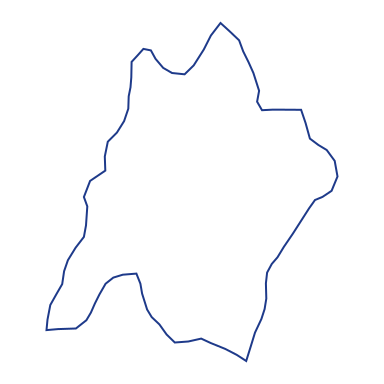 Cândido Rodrigues, São Paulo, Brazil
{"feature_id": "56859067B92304644979095", "entity_name": "Cândido Rodrigues", "entity_type": "district", "adm_level": 2, "iso_a3": "BRA", "parent_name": "Brazil", "parent_adm1": "São Paulo", "projection": "natural_earth1", "projection_center": [-48.632, -21.34], "detail": "fine", "context": "isolated", "style": "outline", "palette": "blue", "viewbox_px": 384, "rotation_deg": 0, "n_neighbors": 0, "source": "geoboundaries", "source_scale": "gbopen_adm2", "svg_char_len": 1167}
<svg xmlns="http://www.w3.org/2000/svg" viewBox="0 0 384 384"><path d="M331.6,190.8L337.5,176.5L334.7,160.9L326.7,150.0L318.4,145.0L309.9,138.6L305.6,123.1L301.1,109.8L284.7,109.7L271.8,109.7L262.0,110.2L257.1,101.7L259.1,90.8L253.4,73.0L248.6,62.3L243.2,51.4L239.1,40.3L229.3,31.0L220.5,23.0L210.9,35.5L203.8,49.5L193.7,65.4L184.6,74.3L172.0,73.0L163.2,67.9L155.5,58.8L150.9,50.4L143.4,48.9L137.5,55.5L131.6,61.9L131.3,77.4L130.5,87.3L128.7,96.3L128.3,108.7L124.1,121.1L116.9,132.6L107.8,141.7L104.8,156.5L105.3,170.6L90.1,180.9L83.9,197.0L87.3,206.4L86.0,225.4L83.9,236.9L75.6,247.7L67.9,260.2L64.1,271.2L62.2,284.1L56.6,293.8L50.3,305.0L47.5,319.6L46.5,330.1L57.9,329.1L75.9,328.5L86.4,320.2L90.9,312.6L94.9,303.5L99.4,294.5L105.6,283.7L113.3,277.6L122.8,274.7L136.4,273.6L140.4,283.7L142.1,293.6L147.1,309.5L151.7,317.1L159.4,324.4L166.6,334.5L174.8,342.5L188.3,341.5L201.2,338.6L210.9,343.1L225.2,348.9L236.8,354.9L246.2,361.0L250.7,346.6L255.0,332.6L261.4,319.0L264.6,309.1L266.3,298.6L265.9,283.3L267.1,272.6L271.8,263.9L277.5,257.3L283.9,246.8L292.7,233.9L309.1,208.3L315.0,200.0L322.5,196.9L331.6,190.8Z" fill="none" stroke="#1e3a8a" stroke-width="2"/></svg>